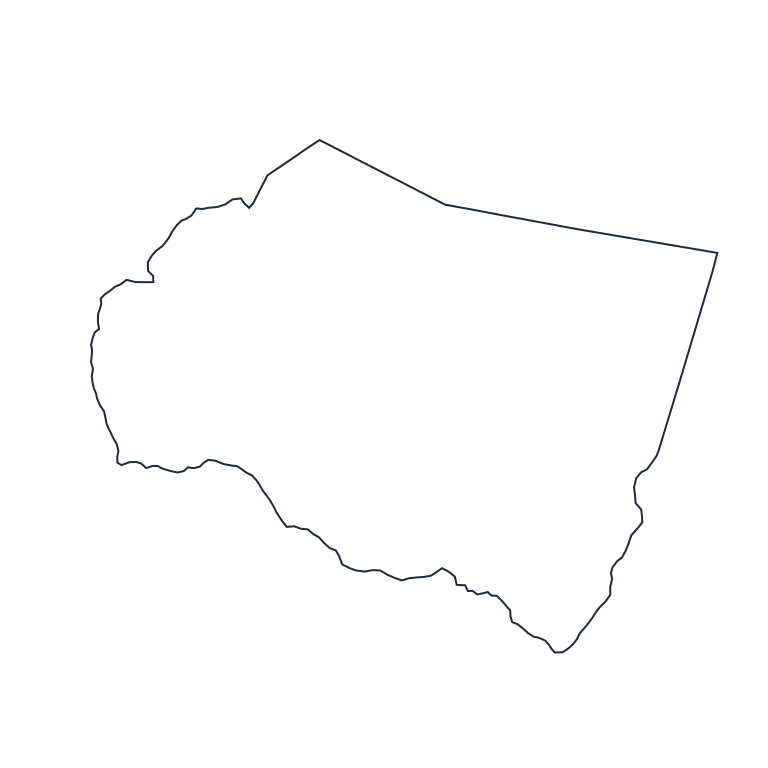 Matina, Bahia, Brazil, rotated 13°
{"feature_id": "56859067B75193807693775", "entity_name": "Matina", "entity_type": "district", "adm_level": 2, "iso_a3": "BRA", "parent_name": "Brazil", "parent_adm1": "Bahia", "projection": "robinson", "projection_center": [-42.972, -13.855], "detail": "fine", "context": "isolated", "style": "outline", "palette": "slate", "viewbox_px": 768, "rotation_deg": 13, "n_neighbors": 0, "source": "geoboundaries", "source_scale": "gbopen_adm2", "svg_char_len": 2404}
<svg xmlns="http://www.w3.org/2000/svg" viewBox="0 0 768 768"><g transform="rotate(13 384 384)"><path d="M679.3,181.3L536.7,189.7L492.8,191.6L459.4,193.1L436.0,194.0L403.2,195.5L308.5,171.5L294.9,168.0L266.3,160.8L252.1,175.8L246.8,181.8L243.0,185.9L223.5,206.9L215.9,237.3L213.0,242.7L207.5,239.6L202.8,235.3L194.9,238.2L188.9,244.7L182.1,248.9L173.6,251.7L167.8,254.3L161.5,255.2L158.5,263.3L154.2,267.4L149.9,270.5L146.5,275.5L143.3,283.2L141.3,290.4L137.3,299.1L132.0,305.4L129.0,310.9L126.5,318.5L128.7,326.9L134.7,330.6L136.3,336.6L127.9,338.6L118.9,340.6L109.8,340.4L105.0,346.1L100.2,349.6L96.1,354.8L91.8,359.5L88.7,364.4L90.5,369.3L90.3,374.7L89.7,380.0L91.1,387.4L94.0,394.6L90.5,398.7L89.8,405.3L89.7,411.7L92.0,416.7L92.9,422.8L93.6,428.5L97.1,434.8L97.4,441.8L99.7,448.1L102.2,453.4L105.5,458.0L107.8,462.8L112.0,468.7L117.3,473.5L120.7,480.7L122.9,485.7L126.8,490.6L132.3,497.5L137.1,502.7L140.4,509.3L140.4,514.6L141.9,520.6L146.4,522.1L153.6,517.4L160.3,515.7L165.2,516.1L171.2,519.4L177.0,515.9L181.9,514.8L187.4,516.3L196.4,516.8L203.1,516.6L208.7,513.7L211.7,509.3L217.7,508.7L223.2,505.9L225.9,501.5L229.8,497.5L236.7,496.7L245.8,498.1L253.4,497.8L259.2,497.1L264.5,499.0L269.5,501.2L275.9,502.8L281.0,506.2L284.7,509.6L290.3,515.5L298.1,522.0L303.7,527.9L308.1,533.3L315.1,540.0L321.5,545.1L328.5,542.8L335.4,543.7L342.6,542.8L348.7,546.1L355.1,548.0L361.4,552.4L368.0,556.1L374.5,557.0L379.1,561.9L383.9,569.2L391.9,571.1L398.8,572.0L407.6,571.1L414.5,568.0L422.3,566.5L430.3,569.1L437.9,570.5L445.5,571.4L452.6,567.4L458.9,565.3L466.1,563.1L472.9,560.2L476.9,556.1L482.0,550.4L490.0,552.6L496.4,555.8L500.0,563.4L508.3,561.9L512.3,566.8L516.9,565.7L522.2,568.0L527.2,565.9L531.8,563.3L536.1,565.9L541.7,565.1L548.3,569.2L553.8,573.4L557.8,576.0L559.6,582.1L562.4,587.1L568.0,588.0L574.1,590.8L580.4,594.3L586.7,596.5L592.5,596.5L598.8,597.8L603.3,600.9L606.9,604.4L610.7,607.2L618.2,605.3L623.3,600.0L627.1,594.5L629.3,589.3L630.9,582.7L633.7,577.5L636.2,572.7L639.3,565.7L642.0,558.1L644.3,553.2L648.9,545.8L651.9,538.6L650.1,530.7L650.1,522.6L647.6,517.1L647.9,511.3L650.9,504.5L655.0,499.3L657.0,492.0L658.2,484.5L658.9,476.1L663.8,467.1L666.8,460.8L665.3,455.3L662.8,448.4L656.0,443.5L653.2,434.8L650.9,428.5L650.9,419.2L654.5,412.1L659.5,407.9L662.8,400.1L665.8,392.6L666.6,386.9L671.7,312.9L678.8,200.3L679.3,181.3Z" fill="none" stroke="#1e293b" stroke-width="2"/></g></svg>